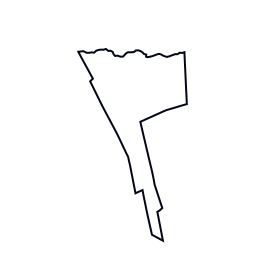 outline of Embakasi South, Nairobi, Kenya, rotated 22°
{"feature_id": "3690345B30654338580609", "entity_name": "Embakasi South", "entity_type": "district", "adm_level": 2, "iso_a3": "KEN", "parent_name": "Kenya", "parent_adm1": "Nairobi", "projection": "equal_earth", "projection_center": [36.875, -1.338], "detail": "fine", "context": "isolated", "style": "outline", "palette": "ink", "viewbox_px": 256, "rotation_deg": 22, "n_neighbors": 0, "source": "geoboundaries", "source_scale": "gbopen_adm2", "svg_char_len": 1109}
<svg xmlns="http://www.w3.org/2000/svg" viewBox="0 0 256 256"><g transform="rotate(22 128 128)"><path d="M151.9,36.6L150.0,38.2L147.8,38.8L146.1,41.1L143.9,42.0L141.6,44.1L138.8,46.6L137.4,47.5L135.2,47.8L132.8,47.7L131.3,47.4L129.0,47.6L126.6,49.5L124.3,51.7L121.7,53.7L119.6,55.0L118.0,55.1L117.4,53.1L115.1,53.4L112.7,52.3L110.6,52.0L108.7,52.1L106.3,53.1L105.0,55.4L102.0,56.9L99.7,57.7L98.3,59.4L96.7,63.6L94.6,64.6L91.2,64.9L89.0,66.0L87.0,65.0L85.4,63.2L83.0,62.9L80.9,63.9L77.9,63.0L76.0,64.6L74.4,65.1L72.0,66.3L69.7,68.1L68.3,70.9L65.9,71.5L63.7,72.9L61.2,73.8L59.4,73.6L57.8,73.5L55.7,74.7L53.4,75.9L57.1,79.1L72.2,91.5L74.3,93.3L77.0,95.4L75.4,98.9L96.7,117.9L120.2,137.6L136.4,152.5L138.9,154.7L140.8,157.5L141.9,159.1L143.5,161.3L153.8,177.1L159.4,185.7L164.7,180.1L166.6,183.1L175.3,196.3L179.5,202.5L190.2,218.0L202.6,219.4L186.6,194.7L188.3,192.5L189.8,189.4L184.1,182.7L178.4,175.9L174.0,170.7L170.8,165.6L166.2,158.7L163.0,154.3L144.6,128.3L137.1,117.6L151.2,102.9L156.6,97.3L170.9,85.9L173.6,83.8L172.4,81.2L165.4,66.0L151.9,36.6Z" fill="none" stroke="#020617" stroke-width="2"/></g></svg>